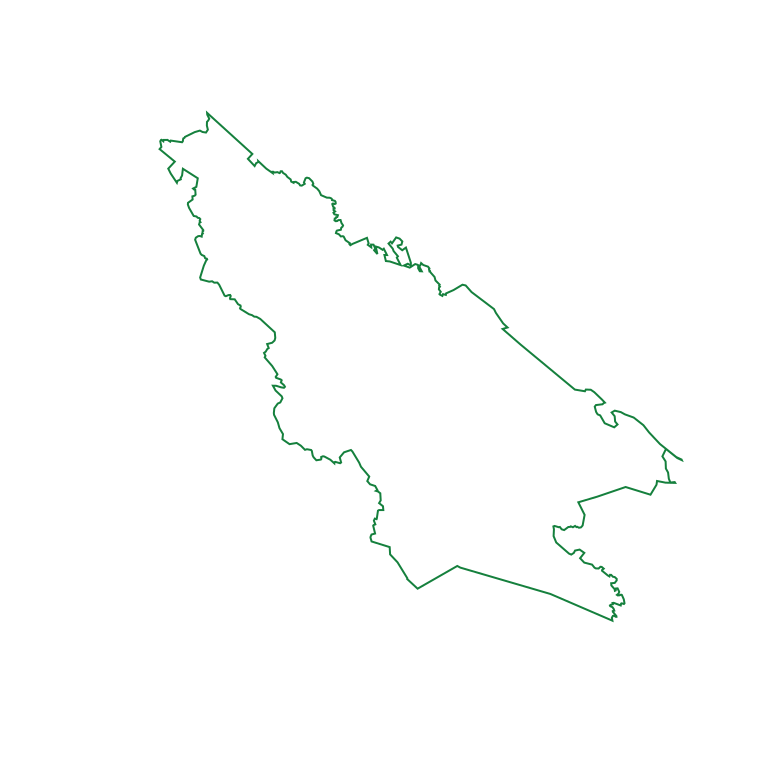 Jumurdas pag., Erglu, Latvia, rotated 220°
{"feature_id": "27541924B12132010316150", "entity_name": "Jumurdas pag.", "entity_type": "district", "adm_level": 2, "iso_a3": "LVA", "parent_name": "Latvia", "parent_adm1": "Erglu", "projection": "equal_earth", "projection_center": [25.8, 56.947], "detail": "fine", "context": "isolated", "style": "outline", "palette": "green", "viewbox_px": 768, "rotation_deg": 220, "n_neighbors": 0, "source": "geoboundaries", "source_scale": "gbopen_adm2", "svg_char_len": 6112}
<svg xmlns="http://www.w3.org/2000/svg" viewBox="0 0 768 768"><g transform="rotate(220 384 384)"><path d="M259.0,256.1L241.3,250.2L240.9,249.5L226.7,248.8L210.9,291.7L207.5,292.4L121.6,330.1L56.9,349.5L59.2,351.4L59.6,353.4L59.0,354.3L56.7,354.7L56.3,355.1L56.8,355.6L62.3,356.6L62.8,357.1L61.9,358.4L63.6,359.4L65.6,359.9L67.9,359.2L68.6,359.6L68.1,361.2L67.1,362.3L67.1,363.0L68.0,363.3L67.4,364.0L60.3,366.5L61.2,368.2L60.9,368.8L58.8,369.7L58.8,370.6L61.9,373.2L66.2,375.3L67.0,375.0L67.7,373.6L69.0,372.3L70.0,372.2L69.6,374.2L70.2,376.0L73.7,377.6L74.9,376.4L73.8,374.8L74.2,374.0L75.5,375.1L80.3,375.8L81.9,377.4L79.4,379.9L79.5,383.1L80.5,384.3L83.2,384.4L84.7,383.5L87.3,383.8L88.2,383.1L87.6,381.5L89.6,381.2L97.0,381.1L97.4,381.8L97.0,383.8L99.7,383.8L100.7,383.1L101.0,380.6L103.2,378.9L104.7,378.6L108.5,379.4L115.8,375.9L121.8,376.6L122.0,383.4L127.7,382.9L130.6,379.2L130.0,376.6L130.9,373.7L133.2,373.0L150.2,373.3L156.3,376.5L160.4,381.9L162.7,383.8L162.1,384.9L158.1,386.6L157.4,387.5L154.5,386.9L152.1,387.9L150.9,392.9L149.5,394.3L149.4,395.0L147.2,395.7L146.4,398.1L144.6,398.1L144.2,398.8L142.3,399.2L141.0,400.7L140.9,401.6L140.9,403.3L146.2,412.7L159.1,418.3L148.2,434.8L132.7,460.4L108.7,470.5L110.5,482.0L112.5,485.2L104.9,489.4L97.4,495.4L98.3,495.7L101.3,492.6L104.9,494.5L109.5,498.8L113.7,500.4L118.5,505.7L124.2,507.5L126.1,514.9L126.0,515.5L111.7,515.8L106.9,517.1L107.5,517.4L113.1,515.9L134.0,515.4L149.8,517.3L158.8,519.2L171.2,518.8L179.9,515.6L184.5,514.7L190.1,511.9L191.3,508.5L186.6,507.6L182.8,503.8L179.1,503.1L179.8,498.8L189.7,495.8L198.2,498.9L200.7,498.1L201.7,498.3L203.6,499.0L208.0,502.1L208.1,504.1L203.6,508.9L203.4,510.7L202.8,511.7L207.1,512.2L217.7,512.9L221.9,512.5L225.8,509.5L225.4,507.6L234.2,502.4L304.8,502.0L328.5,502.4L325.7,506.7L331.7,507.0L344.0,510.4L347.9,512.1L376.0,510.7L384.8,512.0L387.7,510.5L391.1,500.7L394.7,493.3L393.9,492.0L396.5,490.8L395.9,489.0L398.6,488.4L399.3,488.5L399.8,491.1L402.8,491.8L403.7,493.1L403.7,494.5L404.9,494.6L405.2,495.9L411.1,496.4L414.1,498.5L420.2,499.4L421.4,500.1L421.7,499.6L423.5,501.0L423.5,501.7L425.7,502.2L430.4,500.4L433.3,500.5L432.4,498.1L433.3,496.9L427.5,494.6L429.1,493.4L432.2,494.6L434.2,497.0L435.2,496.8L437.2,495.9L439.1,489.7L444.9,487.5L443.1,491.4L439.7,492.1L441.3,494.1L454.9,502.6L456.0,498.2L461.4,498.0L462.5,498.8L460.2,502.0L461.6,505.0L465.5,505.4L468.9,504.1L468.3,496.9L470.4,497.3L470.8,494.5L464.3,493.3L462.1,492.0L455.4,490.8L455.4,489.0L447.7,485.8L458.3,481.6L461.6,479.4L466.6,483.1L464.6,484.7L471.1,487.5L471.3,485.9L475.8,485.3L478.7,484.0L472.6,479.3L477.6,480.1L477.9,482.3L481.6,484.0L483.5,482.5L481.6,480.5L485.9,480.2L486.2,481.9L491.0,485.0L498.1,471.2L499.0,468.7L500.5,469.0L500.6,469.9L505.8,469.4L509.6,471.0L510.5,470.8L511.9,469.3L514.8,469.7L517.8,468.7L518.6,470.4L518.6,471.4L516.2,474.4L517.2,476.3L516.9,477.9L517.3,479.2L520.1,480.0L522.7,481.7L524.3,480.2L524.6,478.8L525.6,477.7L527.1,477.5L528.1,479.1L527.4,479.8L527.9,480.9L527.1,481.9L527.8,483.7L531.1,482.1L532.8,482.7L532.4,484.8L534.3,484.7L535.3,485.8L534.6,486.7L535.2,487.2L536.9,487.1L539.3,488.6L539.1,489.5L537.4,490.1L537.0,491.2L538.2,492.4L539.4,492.7L541.9,491.5L542.1,492.0L543.6,492.3L545.3,491.8L547.6,490.0L553.6,488.2L557.5,490.1L560.8,490.7L566.3,490.3L566.7,490.5L566.8,491.9L569.0,493.1L573.7,493.5L575.7,492.5L576.3,491.2L574.9,486.9L573.4,486.4L574.5,483.1L575.9,482.2L577.7,482.8L581.5,482.2L583.0,480.7L582.6,480.0L585.2,479.4L587.0,480.7L591.1,480.5L593.8,481.2L597.0,480.8L598.9,481.4L599.9,480.5L599.4,479.0L599.6,478.4L601.8,477.8L603.7,475.7L605.0,475.4L604.8,475.0L605.4,474.8L605.2,474.5L606.2,474.2L605.6,473.9L612.6,473.3L623.6,473.9L622.9,473.3L623.9,471.1L623.2,467.8L633.0,469.0L632.7,475.6L693.8,478.0L692.5,476.7L688.4,474.9L688.0,472.8L688.1,471.0L685.8,468.1L682.4,465.6L682.0,462.2L685.0,460.4L687.9,459.8L690.9,455.3L695.3,445.4L695.1,444.3L695.6,443.1L694.1,440.5L694.1,439.4L703.8,433.4L703.5,432.2L706.8,431.8L709.8,429.2L709.1,428.1L711.5,428.0L711.7,427.5L711.4,426.1L706.9,422.5L706.9,419.7L687.2,419.9L687.7,410.3L682.6,408.1L672.0,405.0L672.8,406.8L671.2,410.2L672.1,410.9L672.7,413.9L676.4,419.6L658.9,421.9L654.5,414.4L655.9,411.0L654.4,410.9L653.5,411.5L650.0,407.9L650.1,406.5L651.4,404.6L649.2,402.3L650.6,396.8L649.6,395.4L646.5,393.6L637.8,390.4L635.3,391.8L633.6,391.6L632.1,392.4L630.7,392.2L630.1,390.5L628.7,390.0L629.1,389.4L628.2,387.3L621.3,385.7L620.9,385.1L621.3,384.7L620.2,383.0L619.5,382.8L619.8,381.9L618.4,379.7L620.2,379.0L621.4,377.8L622.2,375.1L621.4,373.1L608.3,365.9L606.6,365.7L603.9,366.5L601.9,365.4L600.2,366.1L599.5,365.7L599.7,364.6L598.1,358.9L593.3,347.4L591.5,346.3L583.7,350.0L581.7,352.2L579.2,352.5L576.8,354.6L574.1,354.1L562.9,349.2L561.6,349.6L560.3,352.1L559.1,353.3L558.0,352.9L557.1,350.7L556.3,350.2L552.8,352.9L547.1,351.3L544.4,351.9L543.4,351.1L543.0,349.5L542.2,349.2L532.2,350.7L529.4,351.9L526.7,352.2L524.9,353.5L520.6,354.3L500.9,353.4L496.9,349.4L495.8,347.0L496.2,343.7L499.2,339.5L495.4,337.4L495.9,335.7L495.4,332.8L495.9,330.7L492.9,329.4L492.5,327.7L481.2,325.9L471.9,323.0L471.5,319.8L470.6,319.4L466.0,321.1L464.8,321.1L464.0,318.9L459.7,318.8L458.1,318.2L458.2,316.8L460.7,315.3L465.5,313.3L468.0,311.3L462.9,309.3L454.4,308.8L452.6,307.8L451.6,303.2L452.8,300.7L452.4,294.9L449.7,290.9L448.4,289.7L440.7,286.4L435.7,283.0L429.2,280.7L426.3,276.4L417.7,277.2L413.0,282.7L408.0,283.3L402.2,282.8L401.1,284.5L397.4,286.6L396.2,286.3L392.7,283.4L390.8,282.6L386.8,282.1L383.8,285.5L383.9,286.4L385.2,287.7L384.3,289.4L383.1,290.1L376.4,291.5L371.0,291.3L371.7,292.3L371.3,293.0L366.7,295.1L366.4,296.3L370.7,299.3L370.7,306.0L366.9,312.2L364.9,312.0L352.5,307.8L348.5,305.8L335.8,303.6L334.4,298.9L330.2,298.2L325.2,300.2L320.9,298.5L321.4,297.0L319.5,297.8L316.6,297.9L311.7,292.7L311.2,289.6L306.2,289.7L303.5,287.0L306.8,284.2L307.2,283.1L302.9,276.1L302.8,275.7L304.5,275.0L303.9,272.8L300.4,270.9L301.3,269.2L301.2,268.5L294.7,263.7L296.8,260.7L296.2,258.6L295.6,257.6L292.3,255.4L274.8,262.7L269.8,257.4L259.0,256.1Z" fill="none" stroke="#15803d" stroke-width="2"/></g></svg>